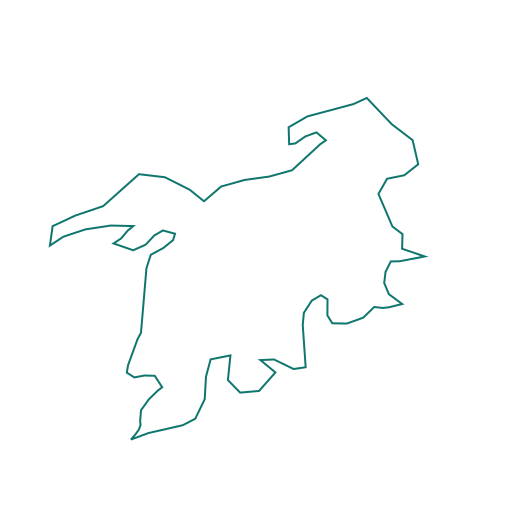 map outline of Kaskazini-Pemba (Mercator projection), rotated 245°
{"feature_id": "TZA-3380", "entity_name": "Kaskazini-Pemba", "entity_type": "Region", "adm_level": 1, "iso_a3": "TZA", "parent_name": "United Republic of Tanzania", "parent_adm1": "", "projection": "mercator", "projection_center": [39.766, -5.046], "detail": "fine", "context": "isolated", "style": "outline", "palette": "teal", "viewbox_px": 512, "rotation_deg": 245, "n_neighbors": 0, "source": "natural_earth", "source_scale": "10m", "svg_char_len": 1328}
<svg xmlns="http://www.w3.org/2000/svg" viewBox="0 0 512 512"><g transform="rotate(245 256 256)"><path d="M213.9,398.0L200.8,391.5L184.3,408.7L190.6,383.8L194.1,375.9L187.0,366.8L177.4,360.8L165.2,360.3L150.7,368.2L153.4,354.6L155.3,349.0L159.8,341.6L154.8,327.1L156.4,309.7L162.8,296.7L172.0,295.6L186.5,302.5L193.0,298.3L192.0,287.7L184.3,275.4L173.7,269.2L134.2,254.0L137.7,242.3L154.6,228.6L159.8,216.0L142.3,224.4L132.4,201.7L138.9,183.9L155.4,178.1L176.7,190.8L181.5,171.2L167.8,159.7L147.9,149.0L134.2,132.2L133.6,118.1L141.0,83.7L142.5,65.1L145.3,71.4L148.2,76.5L151.7,80.0L155.3,81.2L164.8,86.6L171.4,98.3L175.5,110.1L176.7,115.5L190.2,113.6L194.8,104.5L197.4,94.4L204.9,89.6L211.1,93.9L230.8,113.6L235.0,119.3L291.3,151.6L301.6,161.2L302.4,175.3L305.4,187.5L310.4,192.0L318.5,182.4L317.6,172.6L312.9,160.8L313.1,147.1L327.6,132.2L328.9,141.2L333.2,150.4L335.0,157.4L345.0,137.2L352.2,112.7L354.9,89.5L352.5,73.6L369.0,84.3L369.0,109.4L365.8,138.6L379.6,184.5L365.9,206.7L344.1,223.9L327.6,232.0L333.7,253.8L329.8,277.6L322.4,301.6L318.5,324.9L330.2,361.6L331.3,368.2L342.5,363.0L343.5,351.3L341.4,339.3L343.3,333.3L358.9,340.0L360.8,361.6L352.5,408.7L352.4,423.2L318.1,434.7L294.8,446.9L270.6,441.8L266.5,424.6L270.6,407.4L260.5,393.2L225.1,392.1L213.9,398.0Z" fill="none" stroke="#0f766e" stroke-width="2"/></g></svg>